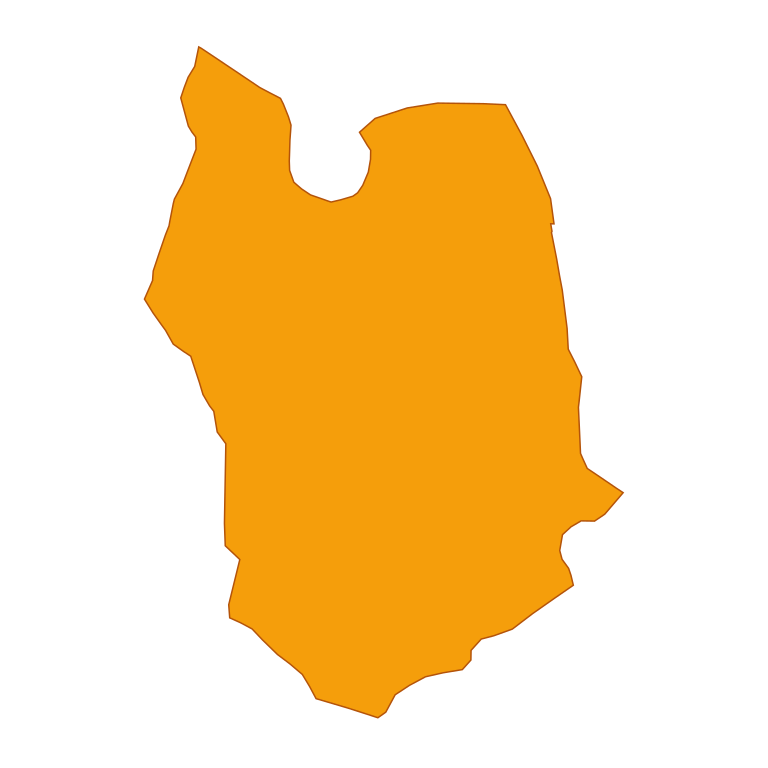 outline of Balkanabat, Balkan, Turkmenistan, rotated 271°
{"feature_id": "10190150B87050240782827", "entity_name": "Balkanabat", "entity_type": "district", "adm_level": 2, "iso_a3": "TKM", "parent_name": "Turkmenistan", "parent_adm1": "Balkan", "projection": "robinson", "projection_center": [54.258, 39.343], "detail": "fine", "context": "isolated", "style": "filled", "palette": "amber", "viewbox_px": 768, "rotation_deg": 271, "n_neighbors": 0, "source": "geoboundaries", "source_scale": "gbopen_adm2", "svg_char_len": 1899}
<svg xmlns="http://www.w3.org/2000/svg" viewBox="0 0 768 768"><g transform="rotate(271 384 384)"><path d="M147.5,233.8L142.9,244.5L136.8,256.4L126.0,267.0L111.7,282.2L102.6,294.7L92.2,307.4L80.4,314.8L68.2,321.6L59.4,353.4L55.1,367.7L50.2,383.7L55.9,391.5L73.5,400.6L83.2,414.8L92.0,430.6L96.3,448.2L99.8,467.3L109.5,475.7L119.2,475.7L130.7,485.7L134.2,498.2L141.2,516.6L157.1,536.7L172.9,558.4L186.1,576.8L195.9,574.3L202.9,571.8L211.8,565.1L220.6,562.6L236.5,565.1L244.5,573.5L250.6,583.5L250.6,596.9L257.7,607.0L279.5,625.0L284.1,617.8L291.2,607.0L297.6,597.2L303.1,588.7L311.9,584.5L318.0,581.7L332.5,580.8L364.1,578.8L370.1,579.4L394.7,581.6L409.4,574.3L420.7,568.3L422.1,567.6L442.8,566.1L481.0,560.6L495.0,557.7L511.8,554.5L538.3,548.8L539.6,549.3L547.1,547.9L547.1,551.2L572.2,547.3L604.5,533.5L634.9,517.7L665.4,500.6L666.0,478.5L665.8,432.8L660.4,402.4L649.4,370.5L635.3,355.1L622.3,363.2L617.5,366.6L611.2,366.6L608.4,366.6L595.5,364.6L582.3,359.3L574.7,354.3L571.2,349.6L567.4,337.5L565.0,327.9L566.5,323.2L567.2,321.2L569.9,313.0L570.8,310.2L571.8,307.2L575.6,301.3L577.6,298.2L580.5,294.7L584.2,290.3L586.9,289.3L595.9,285.9L597.9,285.8L605.5,285.4L610.4,285.5L626.2,285.7L635.0,286.2L641.2,286.5L649.5,283.8L662.1,278.5L667.8,275.5L673.3,264.4L677.2,256.7L678.4,254.4L684.7,244.7L700.9,219.6L716.6,195.2L717.8,192.9L698.2,189.2L687.3,182.8L677.0,179.1L666.5,175.8L638.4,183.9L632.5,187.6L627.7,191.4L615.5,192.0L607.9,189.2L592.0,183.4L580.9,179.4L565.2,171.2L560.9,170.2L542.9,167.0L538.4,166.3L529.3,162.9L509.9,156.6L493.0,151.3L484.1,150.8L483.7,150.9L464.7,143.0L450.8,152.0L439.7,160.2L433.9,164.6L420.2,172.6L412.9,183.2L408.4,190.3L382.3,199.4L370.3,203.2L359.1,210.0L353.7,214.3L349.3,215.1L333.1,218.1L321.5,226.9L308.0,226.9L284.6,226.9L262.6,226.9L241.9,226.9L219.5,228.1L206.0,242.9L160.6,232.6L147.5,233.8Z" fill="#f59e0b" stroke="#b45309" stroke-width="1.5"/></g></svg>